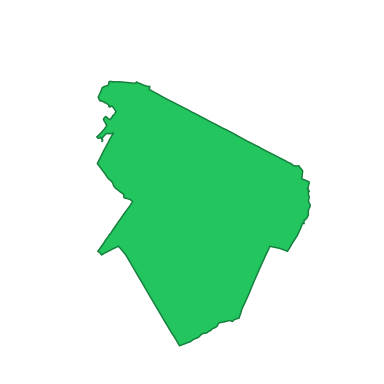 Movileni, Olt, Romania (Mercator projection), rotated 335°
{"feature_id": "2599482B98739710424204", "entity_name": "Movileni", "entity_type": "district", "adm_level": 2, "iso_a3": "ROU", "parent_name": "Romania", "parent_adm1": "Olt", "projection": "mercator", "projection_center": [24.631, 44.384], "detail": "fine", "context": "isolated", "style": "filled", "palette": "green", "viewbox_px": 384, "rotation_deg": 335, "n_neighbors": 0, "source": "geoboundaries", "source_scale": "gbopen_adm2", "svg_char_len": 5871}
<svg xmlns="http://www.w3.org/2000/svg" viewBox="0 0 384 384"><g transform="rotate(335 192 192)"><path d="M182.3,325.1L184.8,322.6L187.8,319.2L189.4,317.8L193.4,314.5L196.2,312.1L202.8,306.4L203.8,305.4L204.1,305.0L208.7,300.8L213.9,296.2L226.7,285.0L228.0,284.0L231.0,281.4L234.6,278.4L237.3,276.3L238.5,275.1L239.5,274.1L244.8,278.0L247.3,279.9L247.9,280.4L253.5,286.1L254.3,285.5L256.8,284.0L258.7,282.6L259.6,282.0L261.3,280.8L269.0,276.0L270.8,274.5L273.3,272.3L274.7,271.3L276.3,269.7L277.5,268.6L278.5,267.4L279.1,267.0L279.8,267.8L280.0,268.0L280.4,267.8L280.5,267.1L280.7,266.8L281.5,265.2L281.9,264.9L282.4,265.1L282.9,265.1L283.4,264.9L285.6,263.8L286.9,262.8L287.8,262.0L288.2,260.9L289.1,259.0L290.4,257.0L290.8,256.6L292.0,255.8L293.0,255.0L293.5,254.0L293.6,253.4L293.7,252.4L293.5,251.2L293.5,250.8L293.7,249.9L293.9,249.2L294.3,248.5L295.8,246.7L296.0,246.3L296.4,244.9L296.3,244.3L296.4,243.4L297.0,242.2L297.3,241.7L297.9,241.3L298.6,241.0L298.7,240.5L298.2,240.3L297.9,240.3L297.8,240.0L297.8,239.4L298.8,238.3L298.1,237.7L299.8,236.0L300.6,235.1L302.3,233.0L302.4,232.6L302.3,232.4L302.1,232.0L301.2,230.8L297.6,227.0L297.4,226.8L297.3,226.1L297.3,225.8L297.4,225.6L297.5,225.4L298.2,224.8L299.2,222.9L301.0,220.1L301.2,219.3L301.1,218.4L300.7,217.5L300.7,216.7L300.6,216.4L300.4,216.1L300.2,215.7L299.9,215.4L300.0,215.3L300.1,215.1L300.1,214.8L299.9,213.5L299.8,213.2L299.2,213.1L298.8,213.1L298.5,213.0L297.1,212.2L295.8,211.6L295.3,211.0L294.6,209.9L294.4,209.6L294.2,208.9L293.5,207.8L290.9,204.9L290.8,204.7L290.3,203.8L286.3,198.6L280.7,191.4L279.9,190.4L274.6,183.6L271.9,180.0L271.7,179.6L271.7,179.2L270.8,178.4L270.0,177.5L265.0,171.0L263.8,169.6L257.2,160.6L256.3,159.2L255.4,158.0L250.7,151.8L248.2,148.7L246.5,146.7L242.2,140.9L238.8,136.7L234.6,131.0L233.2,129.1L231.2,126.6L230.8,125.9L230.4,125.5L230.0,124.9L227.5,121.7L225.9,119.9L225.4,119.1L224.8,118.2L221.2,113.5L215.2,105.8L213.0,102.9L210.6,100.0L206.6,94.7L198.6,83.7L196.6,81.0L197.0,80.3L197.5,79.6L198.1,79.0L198.3,78.4L198.2,78.4L198.0,78.5L197.6,78.4L195.7,76.9L194.1,75.4L192.5,73.8L191.2,72.2L190.6,71.5L189.2,70.5L189.0,70.2L188.7,69.3L188.3,69.4L188.2,69.0L187.6,69.2L187.1,69.3L185.7,69.0L185.0,68.7L183.4,67.7L181.9,66.8L179.7,65.4L178.8,65.0L175.2,62.8L173.0,61.6L168.4,59.4L166.5,58.4L165.1,57.4L164.2,57.1L163.7,57.0L163.4,57.1L162.9,57.6L162.3,58.8L160.8,59.8L159.6,59.8L157.1,59.3L156.4,59.4L155.8,59.3L155.3,59.4L154.6,59.6L153.7,60.5L153.5,60.9L152.6,61.5L152.3,62.0L152.0,62.2L151.9,62.4L151.7,62.7L151.4,62.8L151.2,62.9L150.8,63.1L150.6,63.5L149.2,64.5L148.8,65.0L147.2,66.2L147.0,66.8L147.1,67.2L146.9,68.3L146.9,68.6L147.1,69.8L147.3,70.8L148.0,70.8L148.6,71.5L149.5,72.4L149.8,72.7L150.2,73.3L150.5,74.1L151.1,74.1L151.3,74.5L151.5,74.9L151.9,75.2L152.0,75.7L152.5,76.4L152.9,77.1L153.2,77.9L153.3,78.5L153.2,78.6L152.9,78.8L152.8,79.0L152.8,79.3L153.3,80.3L153.5,80.4L154.6,80.0L155.1,80.0L155.4,80.2L156.0,81.1L156.3,81.8L156.7,84.2L157.0,85.4L157.1,86.3L156.6,87.2L156.2,87.6L153.8,89.2L153.4,89.3L153.0,89.2L152.6,89.2L151.9,89.7L151.2,90.3L148.9,91.4L148.4,91.7L147.6,91.0L147.3,90.5L146.8,89.4L146.1,87.8L146.0,87.5L145.9,87.2L145.4,87.1L143.3,88.0L142.7,88.4L142.6,88.5L142.4,89.3L142.4,91.0L142.6,92.2L142.7,93.0L142.8,93.2L142.8,93.6L142.7,93.8L142.6,94.1L142.8,94.7L142.8,95.5L142.7,95.6L142.7,95.9L142.6,96.0L142.2,96.2L141.2,96.8L139.1,97.9L134.0,100.2L133.2,100.4L130.9,101.3L129.0,101.9L129.5,103.4L130.1,103.8L131.1,104.2L132.4,103.8L132.5,104.2L132.6,104.8L132.5,106.1L132.4,106.9L132.1,107.6L131.9,108.1L132.1,108.1L132.5,108.0L132.7,107.7L132.9,107.3L133.2,105.3L133.9,104.9L136.1,104.0L138.6,102.9L139.2,102.8L141.4,104.1L144.2,105.2L144.8,105.2L145.7,105.1L145.7,105.3L145.6,105.5L145.0,106.0L144.8,105.9L139.2,109.8L136.8,111.9L135.4,112.8L133.1,114.6L130.2,116.7L128.4,118.0L124.1,121.6L118.2,126.2L120.5,137.0L121.2,140.6L121.5,143.1L121.8,144.4L122.1,145.3L123.0,147.0L123.4,148.0L123.6,148.6L123.9,150.5L123.7,152.3L123.6,153.4L123.7,153.9L124.0,155.1L124.1,155.7L124.5,156.5L125.0,157.6L125.9,159.2L126.3,160.0L126.5,160.6L126.9,161.4L128.7,164.5L128.9,164.7L128.8,165.4L128.7,166.0L128.7,166.4L128.4,166.9L128.2,167.5L128.1,168.2L128.1,168.6L128.8,169.4L129.5,169.9L130.0,170.2L131.2,171.1L132.3,172.3L133.0,173.2L133.5,174.0L133.8,174.7L134.1,175.6L129.7,178.4L122.9,182.1L122.3,182.3L122.0,182.6L120.7,183.3L120.0,183.5L119.6,184.0L113.6,187.4L107.8,190.8L106.7,191.5L104.7,192.6L103.7,193.4L102.7,193.7L102.2,194.2L101.2,194.9L100.0,195.3L99.4,195.7L98.1,196.3L97.7,196.7L95.7,197.9L94.0,198.6L92.5,199.6L92.1,200.0L90.0,201.1L89.5,201.6L89.0,201.8L87.9,202.5L87.5,202.6L86.3,203.2L85.7,203.7L83.5,205.0L81.6,205.9L82.8,208.3L83.1,208.7L83.2,209.2L83.1,209.6L83.1,209.9L83.6,210.9L83.9,210.8L86.6,210.5L88.6,210.4L97.1,210.1L102.4,210.1L103.3,213.0L105.2,220.2L105.6,223.1L107.1,239.2L107.2,240.8L108.4,253.1L109.7,267.8L111.3,283.8L112.7,298.9L113.0,301.3L114.1,312.4L114.5,314.0L114.9,317.2L115.5,323.8L115.6,326.0L118.5,326.3L121.8,326.6L123.1,326.6L125.3,326.8L126.0,326.9L126.8,327.0L129.3,326.6L131.2,326.2L131.9,326.2L134.0,326.4L135.2,326.5L136.7,326.3L137.6,326.1L138.5,325.6L139.3,325.6L139.7,325.1L139.9,325.0L140.7,324.9L143.2,325.1L143.6,325.0L143.9,325.1L144.2,325.5L144.8,325.8L145.4,325.9L146.5,325.8L148.3,325.4L149.2,325.4L149.8,325.4L150.2,325.4L151.3,325.1L152.5,324.5L152.9,324.5L154.2,324.6L154.9,324.7L155.8,324.6L157.5,324.4L158.5,324.0L159.6,322.9L160.3,322.5L161.3,322.2L161.9,322.1L162.7,322.3L163.8,322.7L165.0,322.9L165.7,323.1L166.7,323.4L166.7,323.5L167.4,323.5L169.9,324.0L170.9,324.0L172.2,324.7L172.5,325.0L173.0,325.6L173.4,326.0L173.9,326.3L174.1,326.4L174.6,326.3L174.9,326.2L175.2,325.9L175.7,325.7L176.6,325.6L178.0,325.8L179.7,325.8L180.0,325.9L180.6,326.1L181.0,326.2L181.5,326.0L181.7,325.9L182.0,325.5L182.3,325.1Z" fill="#22c55e" stroke="#15803d" stroke-width="1.5"/></g></svg>